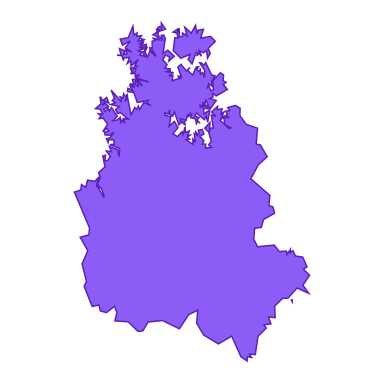 La Chorrera, Panama (orthographic projection)
{"feature_id": "35544464B93152851867893", "entity_name": "La Chorrera", "entity_type": "district", "adm_level": 2, "iso_a3": "PAN", "parent_name": "Panama", "parent_adm1": "", "projection": "orthographic", "projection_center": [-79.87, 8.978], "detail": "fine", "context": "isolated", "style": "filled", "palette": "violet", "viewbox_px": 384, "rotation_deg": 0, "n_neighbors": 0, "source": "geoboundaries", "source_scale": "gbopen_adm2", "svg_char_len": 5889}
<svg xmlns="http://www.w3.org/2000/svg" viewBox="0 0 384 384"><path d="M74.4,192.1L89.5,227.9L88.9,234.8L80.2,237.3L87.8,250.7L82.1,263.9L86.5,281.6L84.1,286.2L92.2,306.5L98.9,304.9L100.4,310.9L106.4,312.6L114.5,306.3L116.9,312.6L114.9,320.9L128.2,321.8L138.0,331.4L142.9,330.8L148.1,322.0L162.5,320.5L179.4,328.8L188.6,314.7L197.8,310.2L196.6,323.1L203.6,335.0L218.4,343.9L231.7,336.1L240.9,356.7L247.1,361.0L247.4,356.7L251.6,357.4L249.4,354.2L255.3,354.5L258.0,336.3L266.2,328.1L264.0,324.8L270.9,323.9L268.4,317.0L275.1,317.7L274.7,306.0L282.5,298.5L288.0,298.1L297.1,288.0L308.7,293.3L302.9,285.2L309.6,275.3L303.4,269.2L307.0,266.7L302.7,257.1L295.5,256.0L292.9,250.6L290.1,252.7L290.4,249.4L286.9,254.5L286.5,251.1L279.3,251.5L274.2,245.1L257.6,246.7L253.7,239.1L254.6,228.3L261.3,227.4L263.5,219.5L274.6,213.2L272.9,206.9L268.9,205.6L269.8,195.3L250.8,178.8L258.4,164.7L267.2,156.8L260.4,144.9L256.2,144.1L257.5,128.2L246.3,124.4L239.9,115.6L240.1,108.2L235.4,105.4L227.7,107.6L229.5,110.6L225.7,111.2L227.5,114.7L224.8,115.9L229.3,117.3L223.8,118.1L225.0,124.6L230.8,127.8L229.1,128.7L220.1,120.2L224.4,116.2L221.7,117.3L223.9,112.1L221.0,114.2L222.1,108.8L217.4,109.7L217.6,106.4L211.5,112.0L215.8,116.4L211.3,114.9L213.3,128.1L210.3,128.1L209.4,132.6L209.9,122.5L204.7,128.2L208.5,131.7L211.3,141.1L208.6,145.0L211.6,147.5L205.6,147.9L205.6,144.1L202.4,144.1L203.9,140.8L199.8,136.1L203.9,134.2L202.2,129.4L198.2,130.3L199.3,133.3L198.0,134.6L195.2,131.0L197.0,135.3L194.2,133.5L195.4,142.4L192.9,139.0L192.9,144.3L186.1,139.8L189.6,139.2L187.0,137.3L190.2,135.1L187.7,135.0L189.2,130.9L185.4,132.8L185.2,126.7L182.8,134.7L181.9,131.7L177.5,136.6L172.9,133.8L178.0,127.7L174.4,121.4L169.2,126.2L170.8,116.7L164.8,115.2L164.8,112.6L167.9,114.1L170.0,109.9L169.2,114.0L172.7,116.2L174.5,112.0L178.9,124.9L181.3,122.2L185.1,124.8L184.7,121.6L180.6,120.8L180.4,118.6L186.1,120.4L187.3,115.6L189.9,113.6L188.8,116.3L191.7,114.5L190.6,117.7L195.5,118.9L196.4,123.7L198.1,121.2L200.1,123.4L197.0,119.9L199.0,117.6L194.8,116.0L196.5,113.0L204.5,119.7L206.1,115.9L207.7,122.1L209.8,110.0L203.9,113.8L203.6,108.4L208.5,108.7L206.9,107.2L207.3,105.2L200.4,107.3L199.8,105.3L204.0,105.4L202.6,101.9L204.5,104.6L205.3,104.0L205.0,102.9L206.0,100.1L210.0,109.1L216.2,100.5L209.8,98.5L213.0,97.1L212.5,93.3L216.3,95.9L227.4,89.4L223.3,84.5L226.1,82.3L223.1,80.8L223.6,74.9L220.2,72.8L212.8,80.8L213.5,89.7L211.0,90.8L208.4,85.1L207.0,88.6L208.6,83.7L212.3,86.4L211.7,81.3L215.0,75.7L211.6,74.9L205.7,62.6L204.0,65.3L201.5,62.9L199.7,62.8L204.8,70.6L204.5,77.5L202.7,72.5L200.5,74.2L200.3,68.3L199.8,71.6L196.5,69.5L198.5,66.9L196.2,67.0L192.7,75.0L187.6,70.4L190.1,67.4L186.4,70.9L181.0,64.3L177.9,67.1L181.1,76.5L178.1,76.2L178.8,77.6L180.2,77.2L180.9,78.0L172.1,80.7L173.0,75.6L168.8,76.0L172.9,73.3L172.9,72.4L165.6,71.7L170.2,70.6L170.1,68.8L164.9,68.2L167.1,64.5L162.9,59.9L165.3,55.1L169.6,56.9L168.8,61.1L174.3,56.3L167.8,50.2L163.0,53.5L165.3,38.7L163.8,35.1L161.3,35.3L162.5,39.7L158.1,35.3L158.5,31.5L165.5,29.1L161.3,23.0L161.4,29.5L161.2,26.5L158.6,26.9L156.4,29.6L157.0,30.7L158.7,29.3L159.9,30.2L152.9,34.8L156.0,36.0L159.6,39.9L152.4,37.9L155.6,40.0L152.1,41.3L152.2,48.5L149.9,47.6L149.9,49.9L153.3,51.0L152.3,51.6L154.2,52.9L155.7,55.4L155.2,56.0L150.1,50.9L147.3,57.2L145.0,51.4L147.1,47.5L145.3,47.9L143.5,54.6L145.7,56.8L139.8,55.0L143.1,51.7L140.9,51.9L138.4,50.8L143.9,48.7L139.0,47.4L146.2,46.9L146.4,44.3L141.1,45.6L143.9,42.0L138.9,44.5L144.4,39.7L141.3,38.8L141.9,40.8L138.1,41.0L141.5,35.6L136.7,36.3L137.1,32.9L134.0,35.1L132.9,26.3L128.3,37.7L120.2,39.1L122.5,45.2L130.4,40.8L125.4,47.7L131.6,52.2L125.6,49.7L127.0,53.8L123.8,54.4L124.8,50.9L119.4,48.6L121.1,55.1L117.0,55.1L122.1,55.8L123.5,60.7L123.8,58.0L129.5,57.5L127.2,63.5L130.8,60.9L131.0,66.1L138.4,59.4L134.9,65.1L137.1,66.2L130.3,68.3L131.9,71.6L134.4,68.7L135.9,68.5L135.1,71.4L130.3,73.6L135.3,73.6L135.2,77.5L136.0,75.6L139.6,74.9L135.9,77.9L148.7,81.9L137.6,79.4L142.4,86.2L137.2,80.8L136.8,82.4L138.3,85.0L138.1,86.5L135.2,83.9L136.0,79.5L132.5,79.4L133.5,84.6L129.7,83.7L135.0,87.4L130.0,85.9L132.9,90.6L127.9,88.2L127.5,91.5L133.8,92.6L137.3,102.5L148.2,100.4L146.3,102.7L151.1,105.7L143.8,102.5L139.6,109.7L138.4,106.1L136.5,109.4L134.8,107.5L131.0,114.8L127.9,99.0L124.7,101.2L127.5,97.4L127.3,93.8L125.9,97.2L123.6,93.7L122.9,98.1L119.3,96.3L121.3,98.5L121.2,101.5L111.1,90.1L114.5,98.1L112.3,100.6L115.3,102.7L110.8,104.5L119.3,106.5L115.6,109.5L117.7,113.6L120.4,112.6L128.3,119.2L123.3,118.5L124.8,123.0L121.9,120.0L120.7,123.6L120.2,117.4L116.9,120.2L112.9,120.8L117.3,116.4L111.5,107.5L109.4,111.0L108.2,108.1L105.3,111.6L103.7,109.3L108.5,106.4L105.1,103.1L102.2,105.5L104.8,101.2L108.8,103.2L106.7,97.5L102.4,100.7L101.0,97.3L100.1,97.3L101.0,103.8L95.5,108.6L100.3,109.2L102.8,114.2L98.4,113.7L101.1,116.0L99.0,118.6L103.2,118.2L107.7,124.3L102.7,131.7L106.8,128.5L108.9,130.9L104.6,132.3L105.1,135.0L111.1,135.2L112.1,133.1L113.0,132.8L113.5,132.9L110.2,137.7L106.4,138.8L108.1,142.4L108.6,139.9L113.7,139.7L114.4,144.2L109.8,144.7L119.6,148.5L119.1,156.6L117.6,149.7L109.3,146.5L111.5,151.6L106.3,151.0L110.4,156.5L107.6,160.5L104.9,160.7L105.5,155.1L102.8,156.0L105.0,167.0L98.6,172.5L100.3,178.2L97.3,183.2L99.3,186.8L97.8,185.9L97.2,186.2L101.6,188.8L104.1,195.7L103.6,196.8L96.5,185.0L98.9,177.0L94.9,181.3L87.5,180.1L85.7,187.3L81.5,184.6L80.8,190.0L74.4,192.1ZM195.5,25.4L191.3,33.1L184.8,27.2L187.1,36.2L182.6,33.0L182.4,36.8L179.5,36.9L179.2,28.2L177.4,32.5L177.5,29.2L173.1,32.1L177.0,33.1L177.9,38.1L174.8,37.8L173.3,50.6L180.8,58.3L190.1,54.3L188.2,59.6L192.0,64.0L196.1,52.3L198.3,52.8L196.5,55.9L199.3,53.6L201.5,56.2L199.2,50.6L203.3,52.8L206.6,50.6L207.5,58.2L210.2,53.4L208.2,48.4L215.3,41.3L210.7,36.5L200.6,38.1L203.5,29.3L198.2,30.1L197.0,33.9L195.5,25.4ZM292.3,301.8L292.2,299.8L291.3,300.2L292.3,301.8Z" fill="#8b5cf6" stroke="#5b21b6" stroke-width="1.5"/></svg>